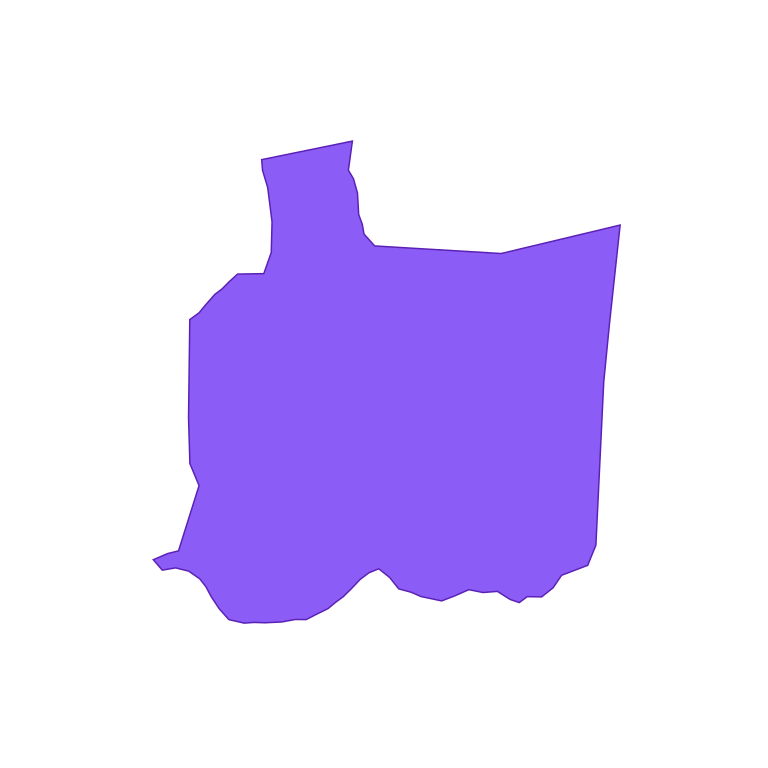 the district of Jericó, Paraíba, Brazil, rotated 162°
{"feature_id": "56859067B69960445467494", "entity_name": "Jericó", "entity_type": "district", "adm_level": 2, "iso_a3": "BRA", "parent_name": "Brazil", "parent_adm1": "Paraíba", "projection": "mercator", "projection_center": [-37.799, -6.517], "detail": "fine", "context": "isolated", "style": "filled", "palette": "violet", "viewbox_px": 768, "rotation_deg": 162, "n_neighbors": 0, "source": "geoboundaries", "source_scale": "gbopen_adm2", "svg_char_len": 1035}
<svg xmlns="http://www.w3.org/2000/svg" viewBox="0 0 768 768"><g transform="rotate(162 384 384)"><path d="M110.3,462.2L232.3,471.9L321.5,506.9L350.2,518.2L356.7,532.8L355.3,542.5L355.7,553.0L350.2,573.9L349.6,588.6L351.8,598.3L339.0,624.8L431.0,635.2L433.5,624.8L433.9,606.8L440.4,572.7L450.6,543.9L464.2,526.1L489.3,533.8L499.5,529.2L508.6,524.5L517.2,521.5L529.2,514.4L537.8,508.9L548.8,505.3L580.3,412.4L593.2,368.3L591.3,344.5L631.0,288.8L642.2,289.6L657.7,288.2L652.4,275.5L639.0,273.5L627.6,266.4L619.4,255.6L616.0,246.1L614.1,235.4L610.3,221.5L604.4,207.9L590.9,199.8L581.3,197.4L571.0,193.7L554.9,189.3L541.4,187.5L530.8,184.0L519.8,185.8L506.6,187.7L497.6,191.3L488.5,194.3L478.3,199.4L467.1,205.5L456.7,209.1L446.1,209.9L438.4,198.2L433.3,184.6L422.3,177.4L414.6,170.5L396.2,159.9L382.6,160.6L366.9,162.2L354.3,155.1L340.2,151.7L330.6,140.1L322.9,134.3L313.5,137.5L299.9,132.8L286.2,137.9L274.2,147.2L246.3,148.6L232.3,165.2L174.4,318.0L150.6,372.4L110.3,462.2Z" fill="#8b5cf6" stroke="#5b21b6" stroke-width="1.5"/></g></svg>